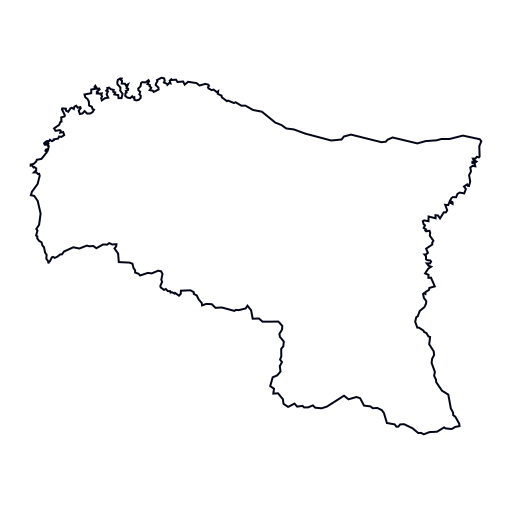 Santa Marta, Magdalena, Colombia
{"feature_id": "7082276B2481053474358", "entity_name": "Santa Marta", "entity_type": "district", "adm_level": 2, "iso_a3": "COL", "parent_name": "Colombia", "parent_adm1": "Magdalena", "projection": "orthographic", "projection_center": [-73.961, 11.086], "detail": "fine", "context": "isolated", "style": "outline", "palette": "ink", "viewbox_px": 512, "rotation_deg": 0, "n_neighbors": 0, "source": "geoboundaries", "source_scale": "gbopen_adm2", "svg_char_len": 5871}
<svg xmlns="http://www.w3.org/2000/svg" viewBox="0 0 512 512"><path d="M479.7,139.2L462.9,135.6L449.5,139.0L441.2,139.0L436.7,140.3L425.6,141.1L417.4,143.4L392.6,137.5L387.6,139.7L385.8,141.7L381.5,142.2L351.0,134.6L343.9,136.5L341.6,139.5L331.2,140.5L305.2,133.6L293.8,129.4L286.3,128.5L281.4,125.0L275.3,122.6L261.9,111.7L253.1,110.0L245.5,105.7L241.4,105.7L235.6,102.3L233.9,103.0L228.1,100.6L227.0,101.2L221.8,97.3L221.6,95.7L217.8,93.9L218.1,91.3L216.9,92.2L213.6,89.6L211.6,90.1L208.5,88.4L208.0,87.3L209.0,85.8L208.3,84.7L205.3,83.9L199.5,85.5L196.5,83.1L188.1,81.8L184.7,84.6L183.1,81.5L177.5,82.0L176.0,79.7L171.7,80.0L171.3,79.3L169.7,80.7L170.5,83.4L169.1,83.1L167.4,84.8L167.1,83.9L163.9,82.5L164.7,80.8L164.2,78.4L161.5,77.7L157.0,80.1L157.4,81.3L156.1,83.4L155.7,85.1L158.4,87.5L158.6,89.5L153.7,91.9L152.7,90.7L149.7,90.1L151.2,87.8L149.6,86.1L149.9,85.1L147.4,84.0L149.1,81.3L148.5,80.2L145.4,82.4L142.1,82.2L141.1,83.0L140.5,86.4L138.2,88.6L138.5,90.4L140.2,91.8L139.4,94.5L140.7,95.6L140.6,98.0L138.8,99.8L136.5,100.4L134.5,99.9L134.3,97.2L133.3,97.7L132.2,96.3L130.2,98.1L127.3,97.6L125.2,95.8L125.5,93.1L126.6,92.4L125.9,90.9L128.1,89.9L128.2,88.7L126.5,88.0L128.0,84.3L125.9,85.5L125.1,83.8L121.7,83.5L122.0,80.8L120.9,79.9L121.6,78.6L120.3,78.4L117.8,79.9L117.3,82.4L117.5,84.3L120.5,87.6L120.2,90.6L122.6,93.9L121.5,98.1L118.5,98.1L118.2,95.1L114.3,94.4L115.2,92.4L113.2,91.7L113.7,89.9L110.8,89.2L109.0,87.6L107.3,88.0L107.7,89.1L106.3,90.7L107.9,91.4L106.6,94.2L108.2,97.7L104.9,98.2L101.8,100.4L101.2,98.2L102.1,96.3L101.3,95.2L101.8,93.4L99.3,93.8L98.0,92.8L98.2,93.5L96.8,93.5L96.8,91.9L99.6,89.4L99.1,88.5L97.1,88.8L95.3,85.8L94.5,87.0L95.3,88.8L91.3,89.5L91.2,93.2L84.5,94.5L85.3,97.3L87.4,98.9L88.8,101.4L89.1,105.5L91.8,106.7L92.5,109.0L94.0,109.7L92.5,112.2L90.2,113.5L87.2,113.6L84.6,111.1L82.4,113.5L79.9,114.0L78.7,110.7L80.7,108.2L80.3,107.1L77.7,107.7L76.2,105.7L74.4,106.7L73.8,109.0L71.8,107.8L70.5,108.3L68.2,111.8L65.9,110.5L65.9,108.7L62.3,108.4L61.9,109.3L64.8,115.1L64.6,116.4L61.2,117.4L61.5,121.6L60.5,121.7L59.2,124.8L54.1,128.4L55.5,130.8L60.0,130.1L60.8,130.9L60.3,132.6L63.2,132.1L64.2,135.1L61.4,136.9L59.1,136.5L58.1,138.6L53.7,139.4L53.8,140.2L51.9,141.2L49.9,139.8L49.0,141.1L47.1,141.0L45.3,142.1L44.1,143.3L44.6,144.6L45.5,144.8L47.8,142.1L48.5,143.6L47.6,145.6L48.8,146.2L48.1,149.6L47.5,150.1L47.0,149.3L46.8,149.4L46.7,149.7L47.7,150.5L47.4,151.3L45.6,150.7L46.5,149.1L45.5,150.3L45.5,150.7L45.8,151.1L46.9,151.2L46.4,152.8L41.4,158.9L36.8,159.8L36.1,161.6L33.5,164.0L30.7,164.5L30.7,165.6L31.8,165.2L33.6,167.5L34.4,167.1L36.2,168.4L36.2,170.3L34.0,172.4L36.4,172.4L38.0,174.0L39.1,173.8L39.7,175.8L37.6,184.0L31.9,191.8L30.9,195.2L34.2,195.9L37.7,200.9L40.6,213.6L39.1,224.8L36.3,229.0L37.5,230.5L36.1,235.5L37.4,236.5L37.2,238.3L39.0,240.8L41.6,242.4L42.5,245.7L44.0,247.2L45.0,252.3L46.6,254.9L46.3,258.7L48.0,261.0L48.6,263.5L48.8,261.7L49.9,261.3L51.9,257.3L53.1,256.9L54.7,257.9L57.2,256.8L60.3,254.4L62.0,254.3L64.0,251.5L73.3,247.3L79.4,248.5L86.8,245.6L89.3,246.3L93.2,246.0L96.4,248.2L103.0,244.5L107.2,244.6L109.2,243.1L112.3,244.5L116.4,244.2L116.2,246.3L114.5,248.5L118.1,253.5L118.8,262.1L129.5,262.6L132.5,263.8L133.5,268.0L135.1,270.3L135.1,272.5L138.6,273.8L140.1,275.5L147.8,272.9L151.7,273.4L158.1,270.7L161.1,271.3L162.5,274.0L161.3,279.7L162.1,281.8L160.3,286.0L160.7,287.4L164.0,289.9L165.8,289.0L167.8,291.1L170.2,291.2L170.6,292.6L172.0,292.2L174.6,293.6L175.1,292.9L179.0,295.7L180.8,293.7L180.9,290.7L190.4,290.3L193.7,292.1L193.8,293.9L196.8,295.5L198.7,299.5L201.7,302.9L202.1,305.4L206.3,303.9L211.8,304.2L215.5,307.8L221.9,307.5L234.4,310.9L235.8,309.9L238.7,310.1L245.6,308.5L247.5,305.7L251.1,310.3L252.7,318.7L258.9,318.5L262.6,321.7L278.4,321.6L282.3,325.9L282.1,329.5L279.4,333.9L279.9,336.8L283.8,341.6L283.3,346.3L281.2,348.8L281.3,356.3L280.1,359.6L282.0,362.1L279.8,366.1L280.5,371.5L277.2,375.4L272.7,377.3L270.2,386.1L274.0,388.7L273.3,393.6L278.0,393.3L282.9,399.2L283.5,403.8L288.1,406.9L294.5,403.6L297.2,406.6L302.6,405.9L304.0,407.4L308.0,407.4L312.9,405.4L315.2,407.7L321.6,408.3L327.1,406.5L344.0,395.7L348.5,399.3L356.5,397.0L360.1,398.2L364.0,405.6L370.5,406.4L372.7,408.2L377.4,408.0L381.8,410.1L384.0,413.2L386.9,423.0L394.7,424.4L396.4,426.7L398.2,426.7L400.2,424.4L404.1,424.2L412.6,428.3L418.2,433.0L421.1,432.9L423.8,434.3L429.5,432.1L437.1,431.7L444.1,427.4L445.5,428.4L451.7,429.0L455.3,426.9L459.5,426.1L459.2,423.6L455.3,416.7L453.3,415.3L453.0,412.5L450.8,408.3L448.3,394.6L442.0,390.7L436.2,382.2L436.0,379.6L434.1,375.8L434.9,372.0L431.6,362.9L432.1,358.8L434.1,355.0L433.7,351.3L429.2,344.3L430.1,337.0L428.4,336.4L426.4,333.0L424.2,332.1L423.5,330.6L419.0,327.7L417.3,327.6L415.2,321.7L416.2,317.3L417.8,316.2L419.7,311.0L424.4,307.1L426.0,303.8L426.3,301.1L423.9,298.0L423.1,293.9L423.9,293.2L425.4,293.9L425.4,292.1L429.0,289.9L429.4,287.9L434.8,286.4L431.0,277.7L428.4,277.8L428.5,274.8L425.1,273.4L428.3,268.6L431.1,266.7L428.6,265.8L426.8,263.4L429.9,263.5L431.1,261.7L430.3,260.5L427.1,260.1L426.0,259.2L426.0,256.3L424.5,254.5L426.1,254.4L427.9,252.8L426.1,248.7L432.3,244.5L432.2,242.8L433.4,240.8L429.8,235.7L430.2,232.7L429.5,230.8L426.1,231.3L425.3,230.5L426.0,229.4L423.7,228.0L425.0,225.3L423.6,224.1L422.8,221.3L424.1,220.4L428.5,221.2L428.6,216.5L435.6,218.3L435.5,215.2L438.0,215.5L440.0,218.4L443.8,212.4L446.0,212.3L447.2,210.3L445.2,204.8L448.2,205.1L449.4,202.2L452.6,203.9L452.6,202.3L450.0,200.7L451.4,198.2L452.9,197.1L456.1,197.2L457.5,193.9L459.6,192.6L464.2,193.4L465.9,189.0L464.0,186.5L467.1,184.4L468.1,186.0L469.0,186.0L470.2,181.5L469.1,175.2L471.0,171.4L470.3,167.5L472.5,165.9L475.3,166.3L474.7,164.0L472.3,162.9L472.4,161.8L475.5,162.3L476.5,161.6L473.5,159.9L472.9,158.6L475.4,158.6L476.9,156.8L478.9,157.4L479.6,156.5L479.3,146.2L481.3,141.2L479.7,139.2Z" fill="none" stroke="#020617" stroke-width="2"/></svg>